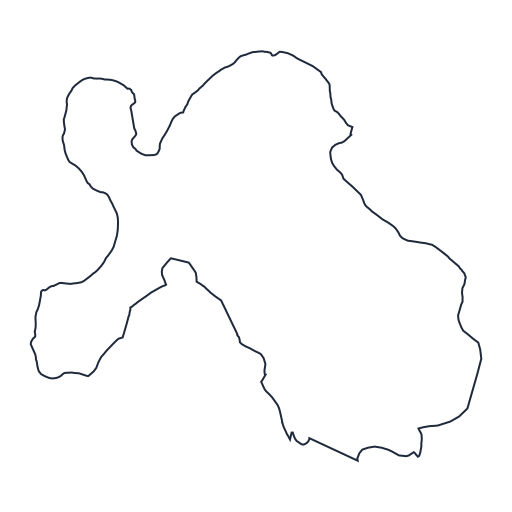 the district of Bois D'Orange/Trouya, Gros Islet, Saint Lucia
{"feature_id": "8701671B8810495152060", "entity_name": "Bois D'Orange/Trouya", "entity_type": "district", "adm_level": 2, "iso_a3": "LCA", "parent_name": "Saint Lucia", "parent_adm1": "Gros Islet", "projection": "mercator", "projection_center": [-60.971, 14.062], "detail": "fine", "context": "isolated", "style": "outline", "palette": "slate", "viewbox_px": 512, "rotation_deg": 0, "n_neighbors": 0, "source": "geoboundaries", "source_scale": "gbopen_adm2", "svg_char_len": 5913}
<svg xmlns="http://www.w3.org/2000/svg" viewBox="0 0 512 512"><path d="M351.3,134.8L350.5,134.0L352.4,127.0L349.3,125.9L347.8,125.1L345.9,122.8L344.3,120.0L342.6,118.1L340.7,116.2L339.0,113.9L337.1,112.0L334.6,110.7L333.5,108.9L331.9,104.4L331.5,102.6L331.3,100.2L330.5,96.7L330.3,93.1L329.8,91.0L329.7,86.0L329.2,83.6L327.4,81.3L325.4,78.7L323.4,76.4L321.7,74.3L321.0,72.1L312.7,66.1L297.7,58.7L296.2,57.8L294.7,56.6L292.1,55.1L287.8,53.2L281.8,51.9L279.6,51.8L276.4,54.3L274.9,55.2L272.8,55.6L272.0,55.3L271.5,54.3L270.5,52.8L267.1,51.9L264.8,51.8L262.3,51.3L259.0,51.5L254.9,52.0L252.7,52.1L247.7,53.9L245.6,54.8L244.0,55.1L240.5,56.3L238.9,57.6L235.9,60.8L235.2,61.9L233.4,63.6L232.2,64.4L229.6,65.8L227.7,66.7L225.7,67.3L225.1,67.4L220.7,69.9L219.3,71.0L216.1,73.1L212.7,75.7L205.7,82.4L203.8,84.4L203.0,85.5L199.3,88.6L198.0,90.3L194.3,93.1L192.3,94.4L191.2,96.1L188.4,101.1L187.2,104.5L185.5,106.8L183.6,111.0L183.2,112.4L182.7,112.6L181.2,112.6L179.3,113.4L174.9,116.4L172.9,118.7L171.4,121.7L169.7,125.8L167.0,131.0L164.8,134.7L162.5,138.1L160.9,141.5L159.9,143.9L159.7,146.5L159.7,148.7L158.9,150.8L157.6,153.1L156.6,154.3L153.5,155.1L145.6,155.3L141.5,153.8L136.6,150.7L135.3,148.8L133.4,147.4L131.9,144.5L131.6,141.1L132.4,139.2L135.4,135.7L136.3,134.0L135.9,132.3L135.2,130.0L134.3,128.6L131.2,110.4L130.5,108.0L130.9,106.1L132.0,104.8L133.4,103.9L135.2,102.3L135.2,100.3L134.7,98.9L134.1,94.3L132.5,92.8L131.5,91.1L131.2,89.9L129.2,88.6L127.4,88.7L126.6,87.9L123.7,85.3L119.4,82.8L117.3,81.7L113.7,80.5L111.1,79.9L107.0,79.5L104.7,79.5L102.5,78.9L99.9,78.5L97.0,78.6L93.3,78.4L91.8,77.8L90.4,77.6L87.8,78.0L85.0,78.8L82.6,79.8L80.3,81.4L75.4,85.2L72.7,88.0L71.4,90.7L69.5,93.4L68.3,95.5L67.0,98.2L66.7,100.6L66.7,102.4L67.0,104.6L66.3,110.6L64.5,117.3L63.8,119.3L63.9,122.2L64.4,126.1L65.0,129.1L64.4,132.1L63.7,134.2L63.0,135.0L62.5,136.9L62.6,140.3L64.1,145.3L64.6,149.7L65.4,152.9L66.4,155.6L68.0,159.3L69.2,161.5L70.5,162.6L75.7,165.7L78.9,168.5L81.9,172.0L84.0,175.3L86.9,181.8L87.9,183.2L89.4,184.2L90.9,186.6L92.8,188.6L97.2,190.8L100.7,192.2L102.8,192.3L105.0,193.1L107.1,194.4L108.6,196.5L110.7,201.0L112.3,203.8L113.5,206.6L116.8,213.3L117.8,217.8L118.0,221.6L118.0,224.2L117.7,230.1L116.9,235.7L115.2,241.4L113.8,246.4L111.8,250.4L107.6,256.2L106.1,257.9L105.4,259.2L104.3,261.6L102.5,264.2L101.1,266.1L97.5,270.1L95.1,272.3L93.3,273.4L90.8,275.7L83.9,281.0L81.2,282.3L76.2,283.2L73.0,283.5L70.7,283.9L65.1,283.4L62.2,283.0L59.9,282.9L59.0,283.2L57.6,284.0L53.2,286.1L52.3,286.0L50.7,286.5L49.2,287.4L46.5,289.6L45.4,290.2L44.6,290.4L43.9,290.1L43.0,290.0L41.9,290.7L41.4,291.3L41.0,292.1L40.9,295.2L40.3,298.7L39.0,305.5L38.3,307.5L37.7,309.5L36.9,311.0L36.4,312.1L35.5,316.6L35.5,319.3L35.7,322.1L35.7,325.8L35.5,328.3L34.7,331.9L35.1,333.2L35.3,335.4L35.1,336.6L34.4,337.4L33.0,338.6L31.3,341.4L30.7,344.0L31.5,346.0L35.3,354.5L35.9,357.5L35.9,359.2L36.1,360.0L36.5,360.7L36.7,361.5L37.5,366.5L38.2,369.3L38.7,371.0L39.6,372.2L40.8,373.8L41.4,374.3L43.9,375.7L47.2,377.2L48.9,377.8L50.2,378.2L52.4,378.4L55.0,378.2L56.8,377.8L58.5,377.2L60.7,376.0L63.0,373.9L64.1,373.2L65.0,372.9L66.2,372.8L70.8,372.6L72.3,372.6L74.6,373.0L79.0,373.3L86.0,375.6L87.3,376.0L88.4,376.0L93.7,371.4L96.3,367.9L98.4,362.2L101.0,357.3L102.3,355.7L103.6,354.3L106.7,350.5L114.4,342.5L117.1,339.9L118.6,338.7L122.7,337.4L126.7,323.7L128.4,317.1L129.3,314.9L129.6,312.5L130.3,309.7L130.4,307.4L131.8,306.8L134.5,304.5L135.3,304.1L137.7,302.1L142.2,298.9L145.6,296.6L151.2,292.5L154.2,290.8L160.7,287.1L163.3,285.9L165.0,285.4L165.8,284.9L166.1,284.6L165.5,283.3L164.2,279.7L162.1,275.1L161.8,271.7L162.4,268.1L167.3,262.2L170.0,259.2L171.0,258.3L188.8,262.6L191.0,265.7L195.2,271.8L195.9,273.3L196.5,277.8L196.6,281.7L200.7,284.1L203.0,285.9L204.1,286.4L206.1,288.5L209.0,291.1L210.7,292.8L215.6,296.6L221.1,300.4L237.4,334.3L237.2,335.0L237.9,336.1L238.7,336.8L239.2,337.9L239.8,340.8L239.9,342.3L241.9,344.2L244.9,346.0L249.9,348.3L254.7,351.0L259.4,353.2L261.0,354.3L263.7,358.3L264.9,362.4L265.3,363.4L265.3,365.1L264.5,370.0L264.5,371.3L264.6,373.1L264.9,374.4L265.6,374.6L262.2,380.4L261.2,381.8L264.1,388.2L264.9,389.7L266.2,391.3L269.4,394.4L272.0,397.2L275.1,401.5L277.5,404.9L278.1,406.1L278.8,407.7L279.4,409.4L280.2,412.6L282.1,421.1L282.1,422.5L282.4,422.7L282.7,424.0L283.2,425.6L284.0,427.7L286.1,432.1L286.8,433.9L288.0,435.8L290.0,439.5L291.6,432.6L292.7,432.5L293.8,435.8L295.1,438.8L296.7,441.0L299.7,443.0L300.8,443.8L301.7,444.3L303.6,444.6L305.4,443.8L306.7,443.0L307.8,441.9L308.6,440.8L309.1,439.6L309.4,438.7L309.4,438.2L357.7,460.7L357.3,458.4L359.4,453.2L362.3,449.6L368.0,447.7L374.7,446.6L381.5,447.7L387.9,449.6L391.8,451.4L398.9,455.4L406.4,456.2L408.9,455.4L413.7,452.2L414.5,452.7L416.3,454.9L417.9,456.7L419.1,455.9L420.1,453.2L420.4,451.8L421.4,446.2L421.3,444.0L421.8,438.8L421.5,434.6L421.3,434.0L420.4,432.1L419.5,430.7L418.5,428.5L423.0,427.3L429.1,426.2L437.5,425.6L450.2,421.6L459.1,416.5L467.4,408.5L477.4,373.6L481.3,358.7L480.2,349.6L478.3,342.6L473.2,338.8L467.6,334.1L463.2,330.7L461.4,327.5L459.6,323.0L458.7,320.5L458.3,318.2L458.1,315.3L460.1,308.5L461.1,304.8L462.6,301.6L462.5,301.0L462.6,297.2L462.0,293.0L462.4,288.2L464.4,284.2L465.1,279.9L465.7,277.8L465.6,276.7L464.8,275.0L464.5,273.6L463.7,272.5L462.2,271.0L461.8,270.1L459.9,268.2L459.6,267.6L458.6,266.2L449.6,258.6L447.8,256.4L442.3,252.1L445.4,254.5L443.6,253.0L435.6,247.0L432.1,244.8L428.7,244.0L426.1,243.3L418.7,242.3L418.0,242.1L412.5,241.3L407.9,240.7L404.0,239.0L402.1,237.9L399.9,235.6L398.4,232.4L395.7,228.5L393.3,226.2L388.2,222.6L382.6,219.4L375.9,214.2L372.0,211.5L370.5,209.9L365.9,206.0L364.4,203.6L363.2,200.2L360.9,194.8L352.2,186.4L346.2,181.2L343.5,178.7L342.2,174.9L340.6,172.8L336.9,169.6L334.1,166.1L332.2,163.0L331.0,159.2L330.5,155.7L330.2,152.0L332.0,147.7L335.2,144.9L338.6,143.3L342.1,142.5L344.4,141.2L351.3,134.8Z" fill="none" stroke="#1e293b" stroke-width="2"/></svg>